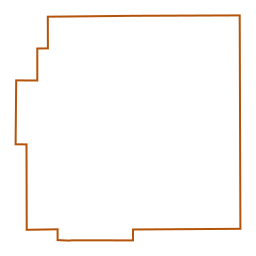 outline of Wyandot, Ohio, United States of America
{"feature_id": "52423323B18569406073310", "entity_name": "Wyandot", "entity_type": "district", "adm_level": 2, "iso_a3": "USA", "parent_name": "United States of America", "parent_adm1": "Ohio", "projection": "mercator", "projection_center": [-83.399, 40.84], "detail": "fine", "context": "isolated", "style": "outline", "palette": "amber", "viewbox_px": 256, "rotation_deg": 0, "n_neighbors": 0, "source": "geoboundaries", "source_scale": "gbopen_adm2", "svg_char_len": 332}
<svg xmlns="http://www.w3.org/2000/svg" viewBox="0 0 256 256"><path d="M68.7,16.5L47.8,16.7L47.9,48.4L37.3,48.5L37.3,80.5L16.2,80.4L15.6,144.3L26.5,144.4L26.7,229.8L57.6,229.3L57.6,240.1L69.0,240.6L72.2,240.3L133.0,240.4L133.0,229.5L240.4,228.8L239.7,15.4L132.8,15.8L68.7,16.5Z" fill="none" stroke="#b45309" stroke-width="2"/></svg>